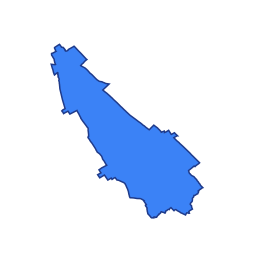 outline of Padureni, Vaslui, Romania, rotated 163°
{"feature_id": "2599482B79481700134071", "entity_name": "Padureni", "entity_type": "district", "adm_level": 2, "iso_a3": "ROU", "parent_name": "Romania", "parent_adm1": "Vaslui", "projection": "equal_earth", "projection_center": [28.096, 46.567], "detail": "fine", "context": "isolated", "style": "filled", "palette": "blue", "viewbox_px": 256, "rotation_deg": 163, "n_neighbors": 0, "source": "geoboundaries", "source_scale": "gbopen_adm2", "svg_char_len": 5693}
<svg xmlns="http://www.w3.org/2000/svg" viewBox="0 0 256 256"><g transform="rotate(163 128 128)"><path d="M174.8,226.0L174.9,225.9L174.9,225.3L174.8,225.1L174.8,224.8L174.6,224.5L174.5,224.2L174.7,223.9L174.7,223.7L174.6,223.1L174.7,222.6L174.5,222.4L176.0,222.0L178.2,221.6L178.6,221.7L179.3,221.6L179.5,221.3L179.6,220.4L179.7,220.2L179.7,219.9L179.2,218.2L179.1,217.4L178.7,216.1L178.6,215.6L178.6,214.6L178.8,214.1L178.8,212.7L178.9,212.2L178.8,210.5L178.7,210.0L179.2,209.9L179.7,210.1L180.1,210.2L181.8,211.0L182.6,211.3L182.8,211.4L182.9,207.3L182.8,205.8L182.9,204.3L183.0,202.9L182.9,200.8L182.8,200.2L179.8,201.4L179.2,201.6L179.0,201.4L179.1,201.2L179.0,200.9L179.3,200.2L179.3,199.8L179.5,199.7L179.6,199.3L179.5,199.0L179.4,198.7L179.5,198.4L179.4,198.0L179.9,197.6L179.9,197.0L179.5,195.7L179.6,195.2L179.6,194.9L179.7,194.4L180.0,194.2L180.3,193.6L180.3,192.6L180.3,192.1L180.4,191.6L180.7,190.4L180.7,190.0L180.9,189.1L181.7,185.2L182.4,174.3L182.5,164.9L185.3,164.3L185.6,164.0L186.3,163.7L186.2,163.3L186.0,162.7L185.8,162.5L185.6,162.0L185.4,160.6L183.8,161.0L180.5,161.6L179.5,158.3L171.7,159.7L171.7,159.3L171.6,158.6L170.9,155.7L170.6,153.6L170.2,151.7L170.2,151.4L170.3,151.0L170.2,150.8L169.7,149.2L169.0,147.0L168.8,146.7L168.4,145.4L167.5,143.0L166.7,140.5L166.4,140.0L166.2,139.6L166.2,139.4L167.0,136.8L167.0,135.9L167.2,135.4L167.5,133.7L167.8,132.5L168.0,132.2L168.2,131.5L168.2,131.3L168.9,131.1L169.0,130.9L169.0,130.4L168.9,130.0L168.3,128.4L167.9,126.6L167.3,124.9L167.0,124.3L166.2,121.5L165.2,117.9L165.0,116.8L165.0,116.3L164.5,114.4L164.5,114.0L162.7,111.6L161.5,108.8L161.3,106.8L161.4,106.2L161.4,105.9L161.0,104.6L160.5,103.4L159.8,100.2L159.8,99.9L159.4,99.3L159.2,98.6L161.2,98.2L161.6,98.2L162.2,98.0L163.3,97.8L164.6,97.6L166.4,97.0L168.0,96.5L167.0,93.0L170.7,92.2L169.6,88.6L164.3,89.9L162.5,84.1L161.6,84.3L158.7,85.0L158.3,83.5L156.0,84.2L154.9,84.4L154.3,83.1L154.0,81.8L153.9,81.6L152.2,80.7L149.4,78.2L148.2,77.2L147.4,76.2L147.0,75.5L147.1,74.9L146.7,73.8L146.7,72.7L146.3,69.9L146.2,67.3L146.5,64.4L146.5,63.2L146.6,62.4L146.6,61.6L146.4,60.7L143.6,59.7L142.5,59.2L139.9,57.9L136.9,56.9L136.6,56.7L135.6,55.8L134.2,54.3L133.9,53.9L134.3,53.8L132.9,49.3L133.9,49.1L134.0,48.5L133.2,46.3L133.2,45.7L133.4,45.4L133.6,45.1L133.5,44.9L133.7,44.0L133.7,43.7L133.9,43.0L133.9,42.5L134.0,41.2L134.1,40.1L133.6,39.2L133.2,38.3L133.0,37.7L132.5,37.0L132.4,36.7L132.4,36.4L132.2,35.8L131.7,35.2L130.4,34.8L129.6,34.5L129.5,35.2L129.3,35.3L128.8,35.2L128.6,35.0L127.6,34.6L127.6,34.4L126.7,34.3L126.5,34.7L126.4,34.8L125.9,35.0L125.7,35.2L124.8,35.8L123.9,36.1L123.7,36.6L123.0,36.6L122.0,37.1L121.6,37.3L121.4,37.8L120.8,38.2L120.6,38.2L120.4,38.1L120.1,37.7L119.8,37.5L119.4,37.3L119.1,37.1L118.7,36.9L118.1,36.4L118.0,36.1L117.6,35.9L117.3,35.8L117.1,36.0L116.6,36.8L116.5,37.4L116.4,37.5L115.0,37.7L114.3,38.1L113.5,38.3L112.7,38.3L111.9,38.5L111.9,38.4L111.7,38.6L111.5,38.8L110.2,39.3L108.2,35.5L107.8,35.8L107.3,36.0L106.1,36.0L105.3,35.0L105.2,34.7L103.7,33.2L102.8,32.3L102.6,31.8L101.9,31.1L101.6,30.9L101.4,30.8L100.6,30.0L98.7,28.3L98.4,28.0L97.3,29.2L96.5,29.7L94.8,28.8L94.7,28.6L94.2,28.6L94.3,29.1L94.2,29.9L94.3,30.3L93.1,30.9L90.1,31.6L90.3,33.7L90.0,34.8L90.0,35.0L90.7,36.5L90.8,36.7L90.7,37.0L90.5,37.4L90.1,37.9L89.7,38.0L89.0,38.6L88.5,38.7L88.1,39.2L87.9,39.3L87.6,40.0L87.2,41.0L87.1,41.6L87.0,41.9L86.8,42.1L85.4,42.9L84.7,44.2L83.9,44.0L83.0,44.2L82.6,44.3L81.5,44.7L81.1,44.7L80.7,44.6L80.0,45.4L79.6,45.7L79.2,46.3L79.2,46.5L79.3,47.0L78.9,47.0L78.6,47.3L78.7,47.5L78.4,47.6L77.7,47.9L77.3,48.2L76.7,48.2L74.3,49.1L73.9,49.1L74.7,50.7L75.0,51.1L75.4,52.1L75.8,53.9L76.3,54.6L76.5,55.8L76.9,56.7L77.1,57.0L77.4,57.9L77.4,58.6L78.2,59.9L79.2,62.2L79.6,62.6L80.8,63.7L81.1,64.1L81.5,64.8L82.1,66.2L82.4,66.4L82.5,66.8L82.6,67.4L82.6,68.3L82.5,68.7L82.6,69.2L82.5,69.6L78.0,71.4L76.9,71.9L76.4,72.0L75.9,72.3L75.2,71.5L73.9,72.2L70.6,73.3L69.7,73.8L74.0,81.8L75.2,83.9L76.0,85.7L80.7,94.2L83.2,98.4L83.4,99.0L85.1,101.6L87.0,105.3L83.7,106.1L83.2,106.2L82.9,106.1L83.1,106.5L83.8,107.6L85.0,109.9L86.4,109.6L88.4,109.2L88.8,110.1L88.9,110.8L89.2,111.6L89.8,113.9L92.5,113.2L94.2,113.0L94.4,113.0L94.2,113.5L94.2,114.5L97.4,114.2L97.4,114.8L97.7,115.3L98.5,117.0L99.0,117.9L99.3,118.4L99.5,118.9L99.8,119.5L101.5,121.8L102.0,122.5L102.5,123.2L105.9,121.4L108.2,120.1L108.5,120.4L109.9,122.4L110.3,122.8L111.9,125.4L112.6,126.1L113.9,128.2L114.9,129.6L116.1,131.1L118.3,134.2L120.1,136.6L122.4,139.7L124.1,142.7L125.0,144.2L125.2,144.7L126.7,147.2L126.7,147.3L128.0,149.7L128.2,150.0L128.6,150.6L131.1,155.4L133.6,159.6L134.3,161.1L136.0,163.9L136.0,164.1L136.5,164.8L138.2,167.6L138.6,168.1L139.6,169.5L141.0,171.7L133.2,175.6L136.3,177.1L136.5,177.3L137.6,178.3L138.8,179.2L139.1,179.6L139.7,180.0L140.4,180.3L141.4,180.8L141.8,181.1L142.6,182.0L143.2,182.8L143.5,183.1L144.1,184.2L144.5,184.9L146.8,189.4L147.7,190.8L148.5,191.8L148.5,192.2L148.7,192.6L149.1,193.3L149.8,195.1L150.3,195.8L150.5,196.4L151.2,197.2L151.3,197.6L152.1,198.5L153.3,199.7L153.8,200.2L154.7,201.1L155.0,201.5L153.1,202.7L151.5,203.3L151.2,203.7L150.3,204.1L149.4,204.7L147.3,205.5L147.8,206.2L151.1,213.0L153.0,216.6L155.0,220.8L155.7,222.0L156.6,221.7L162.2,220.5L162.7,219.8L163.8,219.6L164.7,219.6L165.0,219.7L165.3,220.0L165.3,220.3L165.2,220.7L165.5,220.7L165.6,221.2L165.7,221.5L165.5,221.8L165.6,222.3L165.8,222.8L166.2,223.1L166.2,223.5L166.4,223.7L166.4,223.8L166.5,224.1L167.2,224.4L167.6,224.5L168.0,224.7L168.1,225.2L168.1,225.4L168.3,225.8L168.4,226.3L168.5,226.5L168.5,226.8L168.7,227.0L168.8,227.4L169.0,227.5L169.1,228.0L170.4,227.7L174.5,226.5L174.8,226.3L174.8,226.0Z" fill="#3b82f6" stroke="#1e3a8a" stroke-width="1.5"/></g></svg>